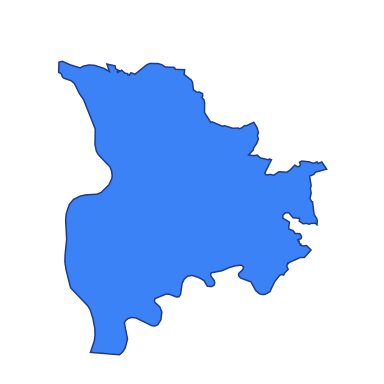 Limerick City West Lea-7, Limerick, Ireland (Mercator projection), rotated 261°
{"feature_id": "5873133B63179188649411", "entity_name": "Limerick City West Lea-7", "entity_type": "district", "adm_level": 2, "iso_a3": "IRL", "parent_name": "Ireland", "parent_adm1": "Limerick", "projection": "mercator", "projection_center": [-8.718, 52.624], "detail": "fine", "context": "isolated", "style": "filled", "palette": "blue", "viewbox_px": 384, "rotation_deg": 261, "n_neighbors": 0, "source": "geoboundaries", "source_scale": "gbopen_adm2", "svg_char_len": 2975}
<svg xmlns="http://www.w3.org/2000/svg" viewBox="0 0 384 384"><g transform="rotate(261 192 192)"><path d="M199.1,69.1L198.6,68.8L197.3,68.1L193.7,66.1L189.7,64.2L183.8,62.8L164.9,60.8L149.7,56.8L142.7,55.5L135.5,55.4L116.4,57.1L95.8,71.3L91.7,73.0L82.3,74.4L80.4,74.4L72.6,74.7L68.3,74.1L66.3,73.9L64.4,73.5L59.7,72.0L49.5,66.6L42.6,94.9L44.8,98.4L48.2,101.5L56.8,105.3L73.1,104.7L75.5,106.3L77.1,109.4L77.5,112.6L76.4,116.9L66.1,131.6L65.5,134.7L66.2,137.4L70.5,141.2L78.1,143.4L83.4,142.3L88.9,138.0L90.6,137.9L92.5,138.8L95.3,150.7L94.4,154.0L90.7,160.3L90.6,162.8L93.0,164.8L103.2,167.9L107.3,170.8L109.5,174.6L109.6,179.0L106.6,185.1L102.6,190.0L96.5,192.4L95.5,196.5L96.6,199.3L98.8,200.3L101.1,200.1L106.2,197.4L108.1,197.6L109.2,198.7L109.5,209.1L111.5,216.7L112.3,223.4L112.1,229.1L110.7,230.7L108.8,230.9L107.3,229.8L104.3,225.5L102.9,224.9L100.9,225.4L99.3,226.8L94.0,236.2L84.7,239.5L81.0,242.6L79.6,245.9L79.5,248.3L81.3,253.3L90.5,259.6L96.2,265.8L96.4,267.9L95.6,269.5L97.9,271.2L100.5,274.9L103.8,274.0L106.8,275.4L106.3,276.0L107.1,276.7L110.4,288.6L109.7,292.7L116.1,300.5L121.2,296.7L121.2,293.6L122.5,290.8L123.4,291.4L124.2,290.1L126.8,290.0L126.9,289.1L128.2,289.0L128.8,292.3L130.3,293.2L132.6,292.7L134.0,291.9L134.9,287.4L138.1,285.8L140.0,282.2L141.6,281.9L147.0,283.5L152.0,277.6L155.0,278.2L156.8,281.0L156.4,284.4L150.8,287.7L149.2,294.1L146.4,293.4L143.3,296.7L143.0,300.5L141.8,302.7L142.4,304.5L141.8,308.9L140.1,310.3L143.9,311.2L146.3,311.0L150.7,309.1L163.5,309.5L163.7,308.7L167.0,307.5L172.1,309.5L177.0,309.5L179.6,310.7L189.3,310.6L190.3,315.0L192.3,317.1L193.5,328.6L201.4,324.9L200.4,321.0L202.1,320.2L201.4,316.2L203.5,312.4L205.4,305.1L204.6,302.8L201.9,303.4L200.4,302.1L200.6,299.9L202.5,297.8L198.4,292.4L196.7,288.7L198.4,281.0L195.7,275.2L197.2,272.1L197.0,268.6L197.6,267.8L199.1,266.7L211.4,275.5L212.5,273.7L211.8,272.6L215.1,264.6L218.2,262.3L218.3,258.4L219.8,253.7L223.9,259.0L225.8,259.7L230.0,263.6L234.1,265.9L237.4,265.4L240.3,266.9L245.4,266.3L251.2,263.9L249.0,256.3L249.3,254.2L247.6,251.3L247.1,248.7L247.9,247.8L248.6,242.2L252.5,234.2L252.0,232.7L258.1,222.9L257.7,221.5L268.5,216.8L278.1,218.4L281.3,218.2L283.8,216.6L285.1,217.6L287.5,217.8L289.6,215.0L289.7,212.5L292.8,209.3L299.9,209.7L302.6,208.9L309.3,202.6L314.0,203.9L315.7,194.7L317.1,194.5L318.0,193.4L319.6,185.2L322.3,182.3L324.1,178.8L325.6,170.5L324.6,166.9L317.2,154.1L319.4,150.3L317.2,148.4L317.8,147.0L319.0,147.0L319.8,144.4L323.3,141.5L321.7,137.4L322.3,137.0L323.2,139.1L325.6,135.8L328.6,135.8L331.7,128.0L323.8,129.3L327.8,124.5L332.3,115.7L333.6,110.1L333.3,104.3L332.1,100.9L336.7,91.6L341.4,84.4L341.0,80.9L331.0,79.0L329.4,81.2L326.1,82.0L324.4,83.3L320.8,90.1L317.6,92.8L306.1,96.5L300.2,99.4L269.3,106.3L254.3,103.6L247.5,103.9L243.6,105.3L229.5,115.0L225.2,115.9L220.5,115.7L217.8,114.9L212.1,111.1L205.7,102.2L204.7,97.6L205.8,86.5L205.4,80.8L203.3,73.9L199.1,69.1Z" fill="#3b82f6" stroke="#1e3a8a" stroke-width="1.5"/></g></svg>